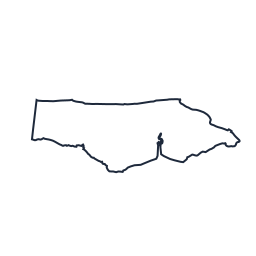 Ngerchol, Peleliu, Palau, rotated 57°
{"feature_id": "81905179B42625934985566", "entity_name": "Ngerchol", "entity_type": "district", "adm_level": 2, "iso_a3": "PLW", "parent_name": "Palau", "parent_adm1": "Peleliu", "projection": "orthographic", "projection_center": [134.258, 7.032], "detail": "fine", "context": "isolated", "style": "outline", "palette": "slate", "viewbox_px": 256, "rotation_deg": 57, "n_neighbors": 0, "source": "geoboundaries", "source_scale": "gbopen_adm2", "svg_char_len": 3458}
<svg xmlns="http://www.w3.org/2000/svg" viewBox="0 0 256 256"><g transform="rotate(57 128 128)"><path d="M85.2,214.7L86.0,214.0L86.7,213.5L87.5,212.8L88.0,211.8L88.1,210.6L88.6,209.2L90.1,207.6L90.4,206.5L90.4,205.4L90.5,204.4L91.7,203.7L93.6,201.7L94.3,200.9L95.9,199.4L97.6,198.0L99.4,196.9L104.2,194.4L105.0,193.9L105.9,193.2L106.6,192.9L107.6,192.2L107.8,191.1L108.7,189.3L109.6,189.0L109.8,188.4L110.0,187.2L111.5,186.2L112.3,185.4L112.7,184.2L113.3,183.7L114.4,183.0L115.6,181.5L114.7,180.5L115.2,179.5L115.6,178.7L116.3,178.1L117.8,176.7L117.3,175.4L117.4,174.7L118.3,174.8L119.0,175.0L120.0,176.1L120.8,175.8L121.4,177.0L122.2,176.5L124.0,176.0L125.7,175.7L128.2,175.5L129.2,175.0L132.0,174.7L133.6,173.9L134.3,172.9L135.2,172.8L139.5,170.6L140.6,169.7L141.7,169.2L142.2,168.1L143.1,168.4L143.7,168.7L144.6,168.4L145.5,167.1L146.3,167.1L147.1,166.9L148.3,166.3L149.6,167.4L152.0,167.7L154.0,167.3L154.5,166.9L156.4,164.1L158.6,162.0L159.2,159.8L160.3,158.3L161.9,156.4L161.1,155.1L161.6,152.9L161.5,151.7L161.1,149.7L161.7,146.6L162.8,142.8L164.2,140.3L165.8,137.4L166.4,134.0L167.8,126.6L168.5,123.8L169.2,121.0L167.5,118.4L159.0,112.2L156.8,111.5L156.8,111.2L156.5,110.1L157.8,109.9L157.4,109.2L156.9,107.0L156.7,106.8L156.4,106.6L155.9,106.6L155.4,106.9L155.0,107.2L154.6,107.5L154.3,107.9L153.4,107.9L152.7,107.6L152.3,107.1L151.6,105.7L151.0,104.6L150.5,103.8L150.5,103.5L150.6,103.4L151.0,103.5L151.4,104.0L151.9,104.5L152.2,105.0L152.5,105.7L152.7,106.5L153.0,107.0L153.5,107.1L154.3,106.8L154.9,106.3L155.4,105.9L155.8,105.7L156.4,105.8L157.5,105.9L158.0,106.2L159.1,107.2L159.4,107.7L159.4,108.1L159.2,108.2L158.8,108.0L158.2,107.5L157.9,107.8L158.0,108.0L158.4,108.5L158.9,108.9L159.4,110.2L160.0,110.5L160.2,110.1L161.8,111.3L168.1,114.5L171.1,113.2L176.9,109.6L180.5,106.5L185.0,102.3L186.7,100.3L186.2,95.8L184.8,94.1L185.0,93.7L185.2,92.8L185.3,88.6L185.8,88.0L187.4,86.7L188.3,85.8L188.7,85.1L188.8,84.3L188.3,80.3L188.5,78.2L190.5,76.0L190.5,71.2L191.0,69.2L191.0,67.9L191.1,66.6L190.9,65.9L190.6,64.6L190.7,63.7L191.6,59.4L192.3,57.1L193.3,56.0L193.7,54.7L194.3,54.6L195.1,55.2L196.0,55.2L196.9,54.9L197.9,54.2L198.4,53.5L198.8,52.8L199.5,51.2L200.4,50.3L200.9,49.3L201.3,48.5L201.1,47.3L200.5,46.3L199.9,45.7L199.5,44.8L199.5,44.1L199.7,43.1L200.0,42.8L200.0,42.3L199.9,41.7L199.5,41.4L198.7,41.3L194.5,42.3L193.5,42.5L192.2,42.7L190.9,42.8L189.5,42.9L188.9,43.1L187.5,43.8L187.1,42.8L186.2,43.1L185.1,43.6L184.5,43.9L184.0,44.2L184.3,45.6L183.1,46.6L182.4,47.0L179.2,49.4L176.3,52.0L174.4,53.4L172.3,54.6L170.6,56.0L170.4,56.1L169.7,56.5L168.5,56.5L167.8,56.1L166.2,54.1L165.5,53.9L164.6,53.8L163.5,53.7L162.7,53.7L160.4,54.1L159.5,54.4L157.2,55.4L155.8,56.1L154.5,57.1L153.0,58.2L151.4,59.5L149.9,60.9L147.8,63.7L146.7,64.6L145.1,65.5L143.7,66.2L142.2,67.4L140.1,68.4L138.8,68.8L138.0,69.2L136.4,70.2L134.5,70.4L133.3,69.8L133.0,68.9L132.4,68.7L132.0,69.3L131.8,69.7L130.9,70.7L130.1,71.9L127.7,75.7L126.4,77.9L125.6,79.8L121.6,87.1L120.7,88.7L120.3,89.4L119.7,92.1L119.2,93.0L118.3,94.6L115.4,101.1L112.6,107.3L111.3,109.2L110.4,111.0L107.8,115.7L105.9,118.0L105.9,118.8L105.2,119.9L101.5,124.9L97.3,131.5L91.2,140.5L88.2,145.2L86.4,147.6L84.3,150.7L83.1,151.4L82.2,151.9L81.4,152.6L78.4,156.2L77.5,157.2L75.8,158.7L75.1,159.2L73.8,159.6L73.6,160.3L72.7,162.2L68.5,169.2L65.1,175.6L63.4,178.2L61.3,181.1L58.7,185.1L56.5,188.0L55.6,188.9L54.7,189.4L78.0,208.8L85.2,214.7Z" fill="none" stroke="#1e293b" stroke-width="2"/></g></svg>